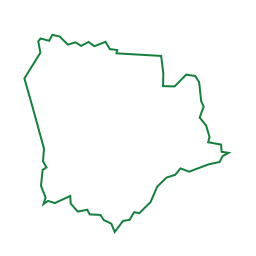 Knott, Kentucky, United States of America, rotated 353°
{"feature_id": "52423323B14843567841968", "entity_name": "Knott", "entity_type": "district", "adm_level": 2, "iso_a3": "USA", "parent_name": "United States of America", "parent_adm1": "Kentucky", "projection": "mercator", "projection_center": [-82.938, 37.349], "detail": "fine", "context": "isolated", "style": "outline", "palette": "green", "viewbox_px": 256, "rotation_deg": 353, "n_neighbors": 0, "source": "geoboundaries", "source_scale": "gbopen_adm2", "svg_char_len": 892}
<svg xmlns="http://www.w3.org/2000/svg" viewBox="0 0 256 256"><g transform="rotate(353 128 128)"><path d="M126.8,49.3L119.6,47.5L116.2,39.7L104.5,42.7L99.4,37.8L91.5,40.8L86.4,36.6L78.4,37.9L71.3,28.8L64.3,26.4L60.3,31.8L52.1,28.5L49.5,31.0L50.2,42.6L31.2,66.2L35.9,96.2L42.1,138.2L39.6,150.7L42.3,157.2L38.2,159.1L34.6,174.7L37.7,187.0L34.8,193.3L39.7,190.6L46.3,193.6L62.4,188.4L61.9,196.0L67.9,204.8L77.6,204.2L79.5,209.1L90.1,210.9L92.7,216.4L99.8,220.9L102.1,229.6L111.8,219.6L118.3,219.4L123.9,212.3L128.9,213.9L141.4,204.2L149.9,189.7L160.2,181.9L169.2,180.2L175.2,174.5L183.3,178.8L203.5,173.9L214.8,172.9L218.5,167.4L224.8,164.9L218.0,163.0L218.4,155.8L205.8,151.9L207.8,146.9L205.9,135.2L200.4,126.4L205.7,116.0L203.9,110.4L204.2,91.2L201.1,84.6L192.3,82.1L179.3,92.4L167.9,90.7L169.7,78.1L169.7,60.5L125.7,52.5L126.8,49.3Z" fill="none" stroke="#15803d" stroke-width="2"/></g></svg>